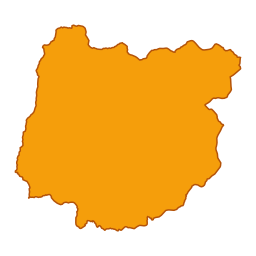 outline of Pallatanga, Chimborazo, Ecuador
{"feature_id": "8360857B6755122070607", "entity_name": "Pallatanga", "entity_type": "district", "adm_level": 2, "iso_a3": "ECU", "parent_name": "Ecuador", "parent_adm1": "Chimborazo", "projection": "albers", "projection_center": [-78.941, -2.017], "detail": "fine", "context": "isolated", "style": "filled", "palette": "amber", "viewbox_px": 256, "rotation_deg": 0, "n_neighbors": 0, "source": "geoboundaries", "source_scale": "gbopen_adm2", "svg_char_len": 5669}
<svg xmlns="http://www.w3.org/2000/svg" viewBox="0 0 256 256"><path d="M159.0,216.9L161.4,215.2L165.7,210.5L167.2,210.1L168.8,209.9L174.0,210.3L176.7,209.4L178.0,207.9L179.5,206.9L180.5,206.6L181.1,205.9L182.9,205.6L183.5,204.7L184.0,202.5L184.6,201.5L184.5,200.9L185.8,198.7L185.8,197.1L186.4,195.9L185.9,195.3L185.9,194.9L187.2,193.8L188.0,192.0L191.7,187.3L191.8,186.3L194.0,184.8L195.1,184.5L197.7,184.9L200.4,186.5L201.2,186.7L201.8,186.7L203.0,186.3L204.4,185.1L204.7,184.5L205.5,181.9L206.8,180.6L207.1,179.2L207.5,178.9L208.7,178.8L209.2,178.6L211.9,175.9L214.8,174.0L220.1,167.0L220.5,165.9L220.8,162.9L218.1,158.5L217.7,157.6L217.4,153.8L216.0,149.8L215.9,147.7L216.4,146.3L216.8,144.2L217.0,142.6L216.8,138.1L217.2,136.9L218.0,135.0L220.5,130.6L222.1,127.0L223.5,125.3L223.2,124.6L221.7,124.1L221.2,123.6L220.3,122.1L218.6,121.1L218.3,120.6L217.1,117.8L217.2,116.8L216.7,114.7L213.5,111.0L211.7,109.3L210.9,109.2L209.3,109.5L208.8,109.3L206.1,106.5L205.1,105.3L205.0,104.9L205.3,104.5L208.0,102.9L209.8,101.6L212.4,98.8L213.3,98.3L214.0,98.1L215.5,98.4L217.3,97.8L218.4,97.7L221.8,98.4L224.1,98.3L226.8,97.3L227.3,96.6L227.9,94.8L230.2,91.9L231.0,90.5L231.4,89.4L231.0,86.5L230.6,79.1L230.2,76.9L233.2,75.1L234.7,73.9L240.4,69.0L240.6,68.4L240.1,66.4L239.2,65.6L239.0,65.1L239.8,63.9L239.9,63.2L240.2,58.6L240.5,57.5L239.5,57.2L237.5,57.2L237.1,56.9L236.8,55.7L234.4,54.3L233.1,52.2L232.2,51.5L231.3,51.0L231.0,50.3L230.5,49.7L229.8,49.7L227.4,50.6L225.6,50.7L224.3,49.8L223.5,48.8L223.4,48.0L222.9,47.5L222.1,47.3L221.4,46.9L220.7,46.2L218.4,44.7L216.3,43.9L215.0,44.3L212.7,47.5L211.9,48.3L210.6,48.9L209.4,49.3L205.0,49.9L203.7,50.0L202.7,49.7L202.3,49.8L200.5,48.5L198.9,47.2L195.6,43.3L193.6,41.3L192.7,40.8L191.8,40.6L190.3,40.8L187.3,41.9L186.1,44.0L185.6,44.5L183.8,45.3L181.9,46.8L181.0,47.0L179.7,48.5L178.7,48.6L176.5,49.6L175.2,51.1L175.0,51.5L175.1,52.0L174.9,52.1L174.4,52.2L173.4,52.0L171.8,51.1L170.8,50.8L168.9,49.3L167.3,48.3L166.2,48.1L163.1,48.5L159.7,48.4L158.2,48.9L156.8,49.6L154.4,49.7L153.1,50.4L151.7,50.4L149.6,52.5L147.2,55.8L146.9,57.3L146.5,58.0L145.6,58.4L143.2,58.8L141.9,59.7L140.5,59.8L140.0,60.1L139.3,59.7L137.2,57.8L135.6,56.7L131.9,55.1L130.4,54.8L128.4,53.7L128.0,52.8L127.4,52.3L127.2,51.3L127.2,50.9L127.6,49.9L127.1,48.0L127.2,46.6L126.9,46.1L124.5,44.2L123.2,43.6L122.4,42.8L119.9,43.3L119.6,43.7L119.0,44.1L117.6,44.6L117.0,45.3L115.7,46.3L114.7,46.6L114.1,47.4L112.2,47.6L110.8,48.3L110.3,48.3L109.3,48.0L107.5,48.6L106.6,48.2L105.7,48.1L104.3,48.5L103.3,48.4L102.1,49.4L100.6,49.4L97.3,49.1L96.0,48.5L95.0,48.3L94.2,47.8L93.8,47.7L92.5,48.3L90.6,47.4L88.9,45.7L88.2,44.5L88.9,40.5L86.5,36.4L85.6,35.3L85.5,34.8L86.1,32.0L85.3,28.9L84.9,28.0L83.4,26.7L82.6,26.3L78.7,25.5L78.2,25.5L76.9,26.2L75.5,26.0L73.8,25.2L73.3,25.2L72.0,25.8L71.9,27.9L71.4,28.2L69.4,27.8L68.0,28.1L66.7,27.5L65.3,27.4L63.9,27.1L62.7,27.8L61.4,27.1L60.9,27.2L59.7,28.1L58.3,28.3L57.4,28.8L56.0,30.2L56.1,32.1L55.2,37.3L54.3,38.4L54.1,39.9L53.9,40.3L52.8,40.7L52.4,41.3L51.4,41.5L51.1,41.7L50.0,43.6L48.8,44.7L47.4,45.1L46.0,45.2L44.7,44.9L43.4,45.5L42.7,46.8L42.6,47.5L42.8,47.8L43.5,48.1L43.8,48.8L44.1,51.1L44.6,53.5L44.5,54.5L43.7,55.7L43.4,56.7L41.0,59.1L40.5,60.5L39.7,61.3L39.4,61.8L39.3,63.5L38.2,65.6L37.9,67.2L37.1,69.0L36.2,70.3L36.5,71.7L37.4,73.4L37.5,74.9L38.6,76.0L39.0,76.7L38.1,78.8L37.7,84.2L37.9,86.7L37.1,89.0L36.4,92.2L36.7,95.5L36.2,98.3L36.3,100.5L36.0,101.0L35.7,102.6L36.1,105.7L35.1,108.0L34.1,111.6L32.6,113.6L30.9,114.9L29.9,116.5L27.6,118.2L26.3,120.2L26.6,122.0L26.2,123.4L26.2,124.3L25.6,126.0L25.7,127.5L25.8,127.8L25.9,129.0L25.2,131.2L23.4,132.1L23.3,132.4L23.3,134.7L22.5,137.4L22.9,139.7L22.4,141.5L22.9,142.8L22.9,145.5L21.5,146.9L20.2,147.7L20.3,150.9L19.2,152.1L19.0,155.2L18.1,156.0L17.4,157.8L17.3,158.5L17.7,159.5L16.8,161.8L16.7,162.9L16.9,164.2L17.4,164.9L17.3,165.4L16.9,165.9L17.1,168.9L16.5,170.1L15.4,171.0L15.4,172.1L15.9,172.4L17.6,172.5L17.6,173.7L18.6,174.2L19.8,176.3L22.2,177.0L22.7,177.7L23.0,179.7L27.1,181.5L28.8,184.3L29.9,187.3L29.9,188.0L29.2,188.8L29.4,190.8L29.6,191.7L29.2,194.4L29.3,196.0L29.2,197.0L28.7,197.8L28.8,198.0L30.4,197.1L31.5,197.3L32.5,197.2L34.2,197.5L35.2,196.8L35.8,196.7L36.6,196.8L38.4,197.4L39.5,197.1L40.7,197.1L42.1,196.6L42.7,195.9L43.1,195.7L44.9,195.5L45.9,194.8L46.7,195.2L48.0,194.7L49.4,194.5L50.0,194.7L50.9,195.7L51.4,196.7L51.4,197.7L54.0,200.8L57.2,203.2L59.7,204.3L60.6,204.6L62.3,204.2L63.7,202.8L65.3,202.3L66.6,202.3L68.5,202.9L69.4,202.5L70.3,202.3L72.1,202.2L73.5,202.4L74.6,203.0L76.3,205.0L77.2,206.4L77.0,207.6L77.9,208.9L77.4,211.3L76.8,211.8L77.1,213.9L77.0,215.6L75.9,217.7L75.8,222.5L76.0,224.4L76.7,225.8L78.8,227.0L79.5,228.0L80.2,228.4L80.7,228.4L81.4,228.2L85.0,225.8L85.2,225.4L84.9,224.9L85.0,224.4L86.8,223.2L87.1,221.3L87.3,220.8L87.6,220.6L89.6,220.8L90.5,221.5L91.5,221.2L92.4,221.8L92.7,221.6L92.7,220.9L92.9,220.8L93.9,221.4L94.4,221.9L94.6,222.8L95.6,223.5L96.7,226.5L97.3,227.1L97.7,227.1L99.0,225.7L99.8,225.7L101.0,226.9L101.7,228.2L103.0,228.7L104.6,230.1L104.9,230.2L106.0,229.2L106.5,228.9L108.9,228.8L110.3,228.2L111.5,228.8L112.7,228.7L113.6,229.1L115.0,229.3L117.2,230.7L117.9,230.8L118.1,230.8L118.6,229.8L119.0,229.4L119.5,229.5L120.2,230.0L121.0,230.2L121.6,230.0L124.7,227.1L125.5,226.7L126.6,226.8L128.1,227.7L129.8,227.6L133.8,228.6L134.4,228.6L136.8,226.8L139.4,225.4L140.7,225.4L143.9,225.8L144.9,225.7L146.0,225.4L146.8,224.8L147.1,224.3L147.2,223.6L147.2,221.7L146.9,220.9L147.4,219.5L147.2,217.5L147.6,216.6L148.9,217.0L150.2,218.1L151.4,218.4L151.4,219.4L151.9,219.9L152.2,220.0L153.2,219.6L153.5,218.5L154.0,218.1L155.5,217.5L159.0,216.9Z" fill="#f59e0b" stroke="#b45309" stroke-width="1.5"/></svg>